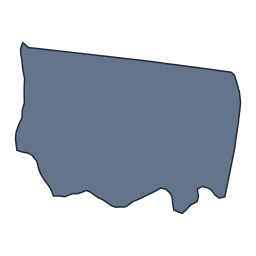 the district of Nova Belém, Minas Gerais, Brazil
{"feature_id": "56859067B88736774373870", "entity_name": "Nova Belém", "entity_type": "district", "adm_level": 2, "iso_a3": "BRA", "parent_name": "Brazil", "parent_adm1": "Minas Gerais", "projection": "equal_earth", "projection_center": [-41.116, -18.489], "detail": "fine", "context": "isolated", "style": "filled", "palette": "slate", "viewbox_px": 256, "rotation_deg": 0, "n_neighbors": 0, "source": "geoboundaries", "source_scale": "gbopen_adm2", "svg_char_len": 1058}
<svg xmlns="http://www.w3.org/2000/svg" viewBox="0 0 256 256"><path d="M20.5,49.1L20.9,54.5L22.0,61.1L22.9,69.9L24.6,78.7L24.2,86.7L24.2,96.1L24.4,102.9L22.4,109.6L21.9,118.4L19.7,122.4L17.8,127.1L16.2,132.2L15.4,138.5L16.2,144.8L16.9,150.3L22.8,152.1L28.1,153.1L32.0,155.2L36.9,161.3L38.9,169.8L41.4,175.3L44.5,180.2L47.9,184.7L50.9,189.3L53.5,196.0L58.9,196.0L65.0,196.7L69.3,194.9L73.0,193.7L77.4,193.7L81.6,192.4L86.1,190.5L89.9,191.8L93.6,194.4L98.1,197.6L103.3,200.0L107.0,202.6L111.6,205.8L115.7,207.2L120.7,206.9L124.8,207.0L129.1,204.5L132.7,201.6L136.8,200.0L142.2,197.6L147.7,194.8L151.8,192.9L156.5,190.5L160.6,188.0L165.9,189.3L169.6,192.6L172.1,196.8L172.6,203.0L173.9,210.0L178.8,212.2L182.5,213.3L186.4,209.5L190.9,204.8L197.1,201.6L198.5,196.0L197.1,189.3L202.0,186.5L208.1,187.9L211.4,190.2L214.8,194.8L219.2,198.1L224.9,196.8L234.6,148.7L238.6,120.3L240.6,102.9L239.4,92.0L234.5,75.2L231.1,72.2L177.8,65.0L166.3,63.6L156.7,62.2L145.3,60.8L34.6,48.2L28.7,47.7L22.8,42.7L20.5,49.1Z" fill="#64748b" stroke="#1e293b" stroke-width="1.5"/></svg>